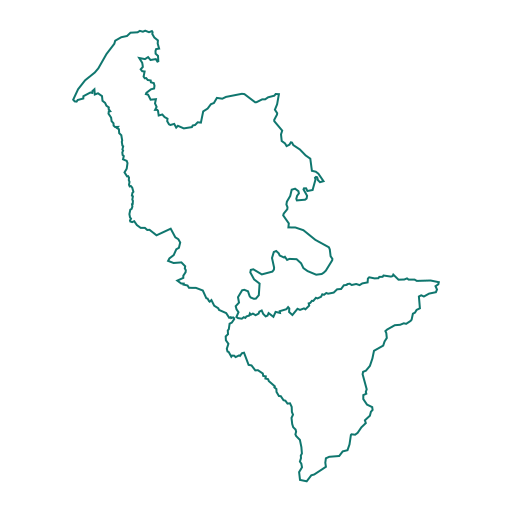 the district of Lehlakaneng, Mafeteng, Lesotho
{"feature_id": "5366337B94978153293499", "entity_name": "Lehlakaneng", "entity_type": "district", "adm_level": 2, "iso_a3": "LSO", "parent_name": "Lesotho", "parent_adm1": "Mafeteng", "projection": "equal_earth", "projection_center": [27.647, -29.815], "detail": "fine", "context": "isolated", "style": "outline", "palette": "teal", "viewbox_px": 512, "rotation_deg": 0, "n_neighbors": 0, "source": "geoboundaries", "source_scale": "gbopen_adm2", "svg_char_len": 6036}
<svg xmlns="http://www.w3.org/2000/svg" viewBox="0 0 512 512"><path d="M438.8,282.2L430.6,280.5L416.8,280.9L414.6,279.6L408.6,279.6L407.0,278.4L404.3,279.5L398.5,279.7L393.3,274.6L392.6,276.1L390.9,276.6L383.5,275.5L382.6,276.8L379.3,276.9L378.4,278.2L374.6,278.4L369.2,277.3L367.9,278.6L367.6,282.4L362.3,283.4L359.6,285.1L356.2,284.0L351.7,285.0L349.7,283.7L347.3,284.1L346.8,284.9L343.8,285.3L341.1,289.0L337.1,289.3L333.7,292.6L328.1,293.7L326.3,293.0L324.0,294.8L322.3,294.3L321.0,296.8L317.5,298.4L315.9,297.8L313.3,300.9L311.9,300.8L310.3,302.9L308.7,303.4L309.2,305.6L305.4,309.3L304.0,308.4L300.0,309.9L297.5,308.8L292.4,315.0L289.1,312.0L289.3,308.5L288.1,307.1L286.4,309.2L279.7,311.2L280.0,312.9L275.6,311.9L273.4,316.8L268.6,313.1L267.5,315.6L265.7,316.4L263.2,313.9L261.7,310.5L259.3,311.7L258.6,313.6L255.6,315.2L252.9,313.6L250.9,314.7L249.9,313.5L249.2,315.6L246.5,316.4L245.3,317.9L243.8,317.2L241.8,318.7L238.0,318.1L236.4,317.0L238.5,312.2L236.5,309.3L235.7,306.2L239.0,302.6L238.0,297.2L242.1,290.3L244.3,289.8L248.0,291.3L249.6,296.1L250.7,297.5L253.9,298.8L255.9,298.6L258.8,295.2L259.6,283.6L254.1,279.4L250.3,272.4L250.8,269.9L253.3,269.3L261.8,274.4L272.4,271.6L273.9,269.6L274.1,267.6L272.0,258.0L273.8,252.0L276.2,251.0L278.7,253.3L279.7,255.5L284.0,257.5L284.9,256.8L287.1,259.9L289.4,258.9L296.6,259.2L301.1,263.3L303.4,268.1L307.6,271.1L316.2,274.7L321.7,274.0L323.7,272.7L325.8,270.7L332.2,260.3L332.4,258.9L330.6,256.2L329.8,249.5L328.9,247.3L315.4,239.9L303.4,230.2L295.4,227.5L288.4,227.4L288.8,223.4L283.2,215.4L283.7,213.6L287.3,209.2L287.5,207.2L286.4,204.5L286.9,201.6L290.2,196.0L291.7,189.7L295.1,188.7L298.4,191.2L298.9,193.4L297.1,195.8L296.3,198.8L296.9,200.4L305.1,199.7L306.6,198.5L307.1,195.8L303.5,189.4L304.0,188.3L306.1,188.3L307.4,191.0L312.6,190.0L315.5,179.5L315.0,177.8L316.0,176.9L317.2,177.3L317.9,180.1L320.0,182.2L323.5,181.2L318.4,173.7L315.8,171.7L311.9,170.8L310.3,158.7L305.6,155.4L299.9,149.5L293.3,145.1L292.0,142.6L290.9,142.3L289.4,144.7L286.6,146.1L285.0,143.4L281.7,141.0L281.0,134.4L282.2,130.6L274.3,121.2L274.2,119.9L277.0,114.6L277.2,113.2L274.9,109.7L277.1,104.3L278.9,94.2L275.7,94.0L274.3,95.7L268.1,97.3L265.2,99.3L262.3,99.3L256.5,102.2L255.2,102.3L244.4,94.1L241.9,93.8L226.0,96.9L222.3,98.7L216.9,97.9L213.9,103.0L210.9,104.2L207.6,108.6L203.2,111.4L200.9,122.6L197.7,122.3L195.1,125.0L192.7,125.5L191.9,127.1L183.8,128.4L177.9,125.8L176.2,127.6L174.2,123.9L170.4,125.0L169.0,124.3L167.2,121.2L167.5,118.7L164.6,117.1L162.3,114.5L158.7,115.5L158.0,110.8L157.3,109.9L155.1,109.9L156.6,106.9L155.0,103.4L155.9,99.2L150.6,99.7L148.1,94.7L145.9,94.1L146.4,92.8L151.0,89.3L154.1,88.5L154.5,85.8L153.8,83.1L150.9,82.3L150.7,80.5L147.7,80.0L146.2,78.1L144.8,78.3L143.6,76.6L144.6,71.5L142.2,71.2L140.7,69.3L142.8,67.0L142.6,65.0L142.2,62.8L139.2,58.0L145.0,59.1L148.1,57.1L150.5,60.0L155.8,59.1L157.4,61.6L158.3,61.2L158.0,55.9L155.6,53.7L155.5,51.0L156.1,49.1L159.1,48.6L157.7,43.6L157.9,40.4L154.3,37.5L152.3,34.0L152.6,32.2L151.9,31.1L149.0,32.2L145.2,30.7L142.9,31.7L139.8,30.9L137.6,32.3L130.5,32.7L127.0,36.0L121.3,37.2L115.2,40.7L114.3,43.8L106.5,54.0L98.3,68.4L94.8,72.5L85.1,80.3L78.1,89.2L73.2,99.7L74.7,101.4L76.6,101.6L77.7,100.0L83.3,98.5L83.4,96.2L90.4,92.5L92.3,92.9L92.4,91.1L94.4,89.3L94.8,94.5L98.0,93.3L102.0,96.1L102.5,100.8L105.1,102.9L106.4,105.7L108.8,107.4L108.6,109.0L110.2,111.2L108.8,111.4L108.5,113.7L111.1,117.6L111.6,121.2L113.5,123.3L113.6,125.6L115.1,127.0L117.9,126.9L117.0,128.1L118.9,129.2L119.2,133.2L121.3,135.2L122.2,140.5L121.8,141.8L122.4,145.6L123.2,146.3L122.4,149.5L123.1,150.6L122.3,152.4L122.6,155.0L123.8,156.1L123.0,159.3L126.7,160.9L127.5,163.1L126.7,168.7L124.5,172.4L127.1,176.4L128.2,176.2L129.0,177.7L128.8,180.1L129.5,181.9L129.0,184.8L129.7,186.4L130.8,186.0L132.2,187.6L133.4,191.8L132.4,192.9L131.9,195.6L132.9,196.3L132.3,199.6L132.9,200.8L132.7,204.0L132.0,204.2L132.4,206.6L131.6,208.9L130.3,209.7L129.4,214.1L130.0,217.3L131.0,218.7L130.0,220.4L130.3,221.5L132.2,222.1L134.2,221.2L136.9,225.1L140.7,227.9L144.9,227.9L147.3,230.0L149.5,229.8L156.5,235.3L170.7,228.7L175.3,237.3L178.3,239.2L180.2,242.5L178.9,247.8L176.3,249.3L173.7,255.1L169.4,258.4L168.1,260.9L173.6,263.0L181.4,262.4L185.2,266.3L184.8,268.4L185.8,270.2L185.6,272.2L183.3,275.7L183.3,277.9L177.3,280.6L181.2,283.5L183.7,283.6L183.5,284.6L187.5,285.5L189.0,287.8L196.0,287.9L202.8,290.5L206.3,298.2L207.6,298.6L209.0,301.1L209.7,301.7L211.4,300.1L214.2,305.7L218.3,308.3L219.0,309.9L226.2,313.1L229.2,317.8L230.7,317.2L231.1,318.1L233.1,317.4L234.0,318.1L234.2,319.1L231.8,322.6L229.6,323.7L228.8,329.2L227.8,330.5L228.0,334.2L225.7,336.4L225.9,340.3L228.4,343.8L226.8,348.8L227.5,351.5L228.7,352.0L231.3,356.7L232.1,355.6L234.2,355.7L235.6,357.1L239.1,355.4L240.0,355.9L242.0,353.2L244.0,352.7L248.6,364.9L251.5,365.4L255.3,370.4L257.9,370.2L262.8,373.5L263.2,375.9L265.8,376.4L265.4,378.5L268.1,379.2L268.8,381.1L274.8,386.3L274.4,387.4L276.4,389.0L276.5,391.9L278.9,396.0L280.8,396.2L283.5,400.2L285.4,400.7L287.5,403.6L290.0,403.3L291.7,406.9L291.9,412.0L293.0,414.7L291.5,417.9L292.2,424.0L293.2,427.2L295.6,429.6L296.1,431.7L295.4,434.4L296.2,436.1L299.9,439.9L301.4,447.2L301.9,453.5L300.8,455.6L301.0,458.1L299.9,461.6L301.3,463.6L302.0,467.3L299.1,472.1L300.0,479.9L306.7,481.3L311.3,475.3L314.2,474.5L325.9,466.8L325.3,462.7L325.9,458.3L329.2,456.8L339.2,456.0L342.7,451.4L347.5,450.2L349.5,444.4L350.9,435.0L351.5,434.3L355.1,434.7L357.6,432.9L361.4,427.3L365.8,423.1L364.9,420.3L369.9,415.7L370.9,411.8L372.6,409.9L372.2,407.1L367.0,404.6L363.3,399.1L363.3,395.1L366.3,393.7L365.8,391.9L366.7,389.3L362.6,374.2L363.1,371.8L365.9,370.7L369.9,365.9L372.4,358.5L374.0,350.8L383.2,345.6L384.6,341.4L386.8,338.0L386.3,333.1L385.4,331.1L387.2,329.5L394.8,325.2L400.1,324.8L403.8,323.3L406.2,323.8L410.6,320.9L411.6,319.7L412.9,313.7L415.0,312.6L416.6,309.9L419.9,308.3L418.9,296.5L421.2,295.3L423.9,296.5L429.1,293.6L435.9,292.2L437.0,289.5L435.5,286.2L438.3,284.3L438.8,282.2Z" fill="none" stroke="#0f766e" stroke-width="2"/></svg>